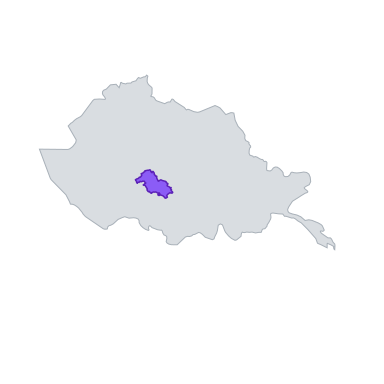 Uruzgan on a map of Afghanistan (Robinson projection), rotated 51°
{"feature_id": "AFG-1752", "entity_name": "Uruzgan", "entity_type": "Province", "adm_level": 1, "iso_a3": "AFG", "parent_name": "Afghanistan", "parent_adm1": "", "projection": "robinson", "projection_center": [66.006, 32.797], "detail": "fine", "context": "in_parent", "style": "filled", "palette": "violet", "viewbox_px": 384, "rotation_deg": 51, "n_neighbors": 0, "source": "natural_earth", "source_scale": "10m", "svg_char_len": 7303}
<svg xmlns="http://www.w3.org/2000/svg" viewBox="0 0 384 384"><g transform="rotate(51 192 192)"><path d="M170.1,114.9L176.7,114.3L181.2,115.1L183.6,117.3L185.9,117.9L188.2,116.8L189.6,116.6L190.1,117.3L191.3,117.6L193.0,117.5L194.0,118.1L194.2,119.5L195.5,121.2L197.8,123.3L199.9,123.8L202.5,122.1L203.4,122.3L203.9,121.8L204.2,120.6L205.8,119.5L208.7,118.5L210.4,117.6L211.0,116.8L212.0,116.6L213.1,116.8L213.9,116.5L214.4,115.5L215.5,115.1L216.4,115.3L220.5,119.1L222.1,120.2L222.8,120.0L224.9,118.0L225.1,116.1L224.5,113.7L224.9,111.7L226.2,110.2L228.7,109.3L232.3,108.9L234.5,109.1L235.4,109.9L236.5,110.3L237.9,110.4L239.1,109.5L240.3,107.7L240.3,105.4L239.2,102.7L239.5,101.8L241.3,100.5L243.2,98.5L245.0,95.8L246.8,92.6L249.0,90.6L251.6,89.9L254.8,90.8L258.6,93.2L260.1,96.3L259.3,100.0L259.2,102.0L260.0,102.4L264.3,101.6L264.9,102.2L264.8,103.2L264.2,104.7L263.6,109.1L262.4,119.8L264.4,126.1L265.7,128.6L267.0,129.4L268.3,129.7L269.5,129.5L272.1,127.9L276.0,124.9L279.8,123.0L285.3,122.0L287.1,118.7L289.6,116.6L295.4,113.4L298.5,112.2L300.3,112.0L304.8,113.2L305.1,114.2L304.8,115.2L303.6,116.1L303.2,116.8L303.7,117.3L305.5,117.4L313.2,115.2L314.8,113.3L316.5,113.2L319.8,114.0L322.3,113.8L323.6,114.6L326.7,117.4L325.8,117.6L324.4,117.0L323.6,116.1L320.5,117.3L317.1,119.1L317.2,119.5L320.4,122.1L314.0,125.0L311.1,126.6L310.5,126.6L306.1,125.1L293.9,125.6L284.8,126.5L281.2,127.9L277.9,128.6L276.1,129.4L275.0,130.9L270.0,134.2L269.1,135.4L266.3,135.3L263.4,138.5L259.2,142.4L258.3,144.2L259.0,145.1L261.3,146.5L262.4,147.8L264.0,151.5L264.8,154.2L265.8,155.3L266.4,158.4L265.4,160.2L265.4,161.1L266.9,163.5L266.5,164.2L265.5,165.3L263.8,168.4L260.9,170.6L259.6,172.6L257.5,174.8L256.7,176.6L255.7,177.7L254.8,178.2L255.1,179.2L255.9,180.4L257.3,181.8L257.3,187.5L256.6,189.0L252.8,190.6L249.1,191.2L244.6,191.3L242.9,191.0L236.7,189.0L234.7,190.0L234.3,192.5L237.9,196.5L239.4,198.7L241.1,202.5L242.3,204.4L241.9,206.2L235.5,210.2L231.4,210.6L228.9,211.3L227.6,212.3L226.7,216.5L225.8,218.0L225.9,219.9L225.0,222.0L223.7,223.3L222.8,225.5L223.7,236.7L220.0,241.2L217.9,242.8L215.9,243.5L214.3,243.3L212.2,240.7L210.7,239.7L209.3,239.9L207.8,240.8L205.5,240.5L203.4,239.6L202.4,239.7L201.8,240.6L199.7,242.5L194.5,245.5L192.3,245.7L191.4,246.4L191.8,247.6L192.7,248.6L194.4,249.3L194.4,250.1L191.8,251.6L189.0,252.5L185.9,252.9L182.6,252.4L180.9,251.1L179.0,250.9L177.1,251.9L175.3,253.5L172.7,257.4L168.9,259.8L168.0,262.3L166.8,266.7L167.2,273.2L166.7,276.0L165.9,277.9L166.1,279.4L167.4,281.1L166.8,282.2L165.8,283.4L164.7,284.1L144.0,290.3L140.6,290.5L138.9,290.2L133.0,290.2L130.6,290.7L128.1,291.5L126.3,292.6L124.9,294.1L122.5,293.3L114.8,291.7L93.8,293.7L91.9,293.4L62.7,283.6L80.9,261.6L81.5,259.8L81.6,256.2L80.5,251.4L78.7,249.2L62.8,246.7L62.3,242.9L62.6,241.3L62.3,238.1L62.4,235.6L63.2,231.5L63.2,229.7L58.5,211.4L58.5,209.6L61.5,205.4L65.3,201.3L65.2,200.6L63.3,200.1L60.4,200.1L58.9,199.5L57.7,198.3L57.3,196.7L58.1,193.7L57.4,188.0L60.5,183.2L65.1,183.0L62.8,179.4L62.3,179.1L62.1,178.5L62.4,177.9L63.6,177.7L66.4,175.4L66.5,174.1L68.9,170.9L68.7,169.4L70.3,165.5L69.5,162.9L69.4,161.5L71.1,160.6L72.2,156.9L72.9,156.1L72.9,155.2L72.6,153.7L74.2,153.4L75.6,155.3L77.8,157.3L79.3,157.9L81.1,158.2L85.2,157.5L86.1,157.6L90.3,161.1L91.0,162.0L91.4,163.4L92.0,163.8L93.5,162.4L95.0,162.0L97.8,162.4L99.2,161.9L106.2,157.6L106.7,154.8L107.4,153.3L108.3,152.4L107.2,149.2L107.6,148.6L108.6,148.3L110.9,148.3L121.4,144.8L124.1,144.8L124.8,144.6L124.9,143.6L125.7,142.6L130.7,140.0L133.6,137.5L134.6,135.5L139.3,119.7L141.9,118.3L144.4,117.3L153.1,117.0L154.7,112.1L155.5,111.0L157.0,109.8L163.4,113.3L170.1,114.9Z" fill="#d9dde1" stroke="#a8b0b8" stroke-width="1"/><path d="M177.0,206.4L177.3,207.1L177.8,207.2L179.7,207.1L180.1,207.2L180.2,207.3L180.3,207.6L180.3,207.9L180.3,208.1L180.3,208.3L180.2,208.4L179.9,208.5L179.7,208.7L179.6,209.0L178.8,209.6L178.7,209.6L178.7,209.8L178.6,210.1L178.5,210.4L178.6,211.1L178.6,211.3L178.5,211.6L178.5,212.0L178.6,212.8L178.7,213.2L178.8,213.6L179.0,213.8L179.1,214.0L179.4,214.1L180.3,214.3L180.5,214.4L180.4,215.7L180.4,215.9L180.3,216.1L180.1,216.5L179.9,216.6L179.7,216.7L179.6,216.8L179.4,216.8L179.2,216.7L178.9,216.6L178.7,216.5L178.2,216.8L177.9,216.9L177.5,216.9L176.9,216.9L176.6,217.0L176.4,217.1L175.0,218.0L174.7,218.3L174.4,218.6L174.1,219.0L174.0,219.3L174.1,219.5L173.9,219.9L173.7,220.0L173.3,220.2L173.0,220.3L172.9,220.3L172.8,220.2L172.7,220.2L172.7,219.8L173.1,218.5L173.2,218.3L173.2,218.2L172.8,218.1L172.0,218.1L171.4,219.2L171.1,219.5L170.2,219.6L169.3,220.1L169.1,220.2L168.9,220.6L168.7,221.0L167.7,222.0L167.6,222.3L167.5,222.6L167.5,223.0L167.3,223.4L167.2,223.6L167.3,223.7L167.3,223.8L167.5,224.2L167.1,224.5L166.8,224.7L165.5,224.9L165.3,224.9L165.1,224.9L165.0,224.7L164.9,224.7L164.7,224.9L164.7,225.0L164.7,225.4L164.6,225.5L163.9,225.8L162.7,225.7L162.4,225.7L162.2,225.7L161.9,225.5L161.7,225.2L161.6,224.9L161.3,224.8L160.5,224.7L159.5,224.6L159.1,224.5L158.6,224.5L157.9,224.3L157.7,224.3L157.4,224.3L157.2,224.4L157.1,224.5L156.9,224.6L156.7,225.0L156.4,225.3L156.1,225.4L155.9,225.4L155.9,225.1L155.9,224.5L155.8,223.2L155.9,222.9L155.9,222.7L156.0,222.6L155.9,222.4L155.5,222.6L155.3,222.6L153.9,222.3L153.7,222.3L153.4,222.5L152.7,223.4L152.5,223.7L152.4,224.0L152.4,224.3L152.3,224.6L152.1,224.9L152.0,225.1L151.8,225.2L151.8,225.3L151.5,225.4L151.2,225.5L151.0,225.8L151.0,226.0L151.1,226.5L151.2,227.0L150.9,227.2L150.8,227.3L150.7,227.5L150.6,227.9L150.6,228.0L150.5,228.3L150.8,228.9L150.7,229.0L150.2,229.1L149.7,229.0L149.0,228.5L148.7,228.4L147.7,228.5L147.3,228.4L147.0,228.0L146.9,228.0L147.1,226.7L147.2,226.2L147.4,225.9L147.5,225.8L147.5,225.7L147.6,225.4L147.6,225.1L147.6,224.9L147.6,224.4L147.5,224.1L147.4,223.9L147.4,223.6L147.5,223.5L147.8,223.1L147.9,222.9L148.0,222.7L147.9,222.4L147.8,221.9L147.6,220.9L147.5,220.7L147.3,220.6L147.2,220.6L147.1,220.4L146.9,220.2L146.5,220.2L146.4,220.2L146.1,220.1L145.9,220.0L145.8,219.9L146.1,219.1L146.4,217.9L146.3,217.7L146.2,217.4L146.2,217.2L146.4,216.1L146.4,215.9L146.4,215.7L146.2,215.5L146.1,215.4L145.9,215.2L147.1,212.9L147.3,212.6L147.5,212.5L147.8,212.1L147.9,211.9L147.9,211.7L147.9,211.4L148.0,211.2L148.4,210.7L148.6,210.6L149.0,210.6L149.6,210.8L150.2,211.1L150.3,211.2L150.5,211.1L150.6,210.8L150.7,210.7L150.9,210.6L151.2,210.7L151.4,210.8L151.6,211.0L151.8,210.9L151.7,210.7L151.6,210.0L151.4,209.6L151.4,209.4L151.6,209.3L153.1,209.4L153.3,209.4L153.5,209.5L154.8,210.3L155.0,210.3L155.4,210.2L155.6,210.1L155.8,210.1L156.0,210.1L156.7,210.3L156.8,210.3L156.9,210.2L157.0,210.1L157.2,209.7L157.4,209.5L157.6,209.5L157.9,209.7L158.6,210.4L159.1,210.7L161.4,211.2L162.0,211.4L162.3,211.3L162.5,211.1L162.6,210.8L162.6,210.6L162.5,210.3L162.6,210.1L162.8,209.0L162.9,208.7L163.1,208.5L163.2,208.4L163.7,208.1L164.1,208.0L164.6,207.7L166.9,206.0L167.3,205.8L167.5,205.7L167.8,205.7L168.2,206.0L168.4,206.0L168.6,206.0L168.9,206.0L169.8,205.6L170.0,205.5L170.3,205.5L170.5,205.6L170.7,206.0L170.8,206.1L170.8,206.3L170.8,206.5L171.1,207.0L171.3,207.2L171.9,207.4L173.2,206.6L173.7,206.5L174.1,206.5L174.4,206.4L174.6,206.3L174.9,206.1L175.2,205.6L175.4,205.5L175.5,205.6L175.5,206.1L175.7,206.4L175.7,206.5L175.9,206.6L176.2,206.6L176.4,206.6L177.0,206.4Z" fill="#8b5cf6" stroke="#5b21b6" stroke-width="1.5"/></g></svg>